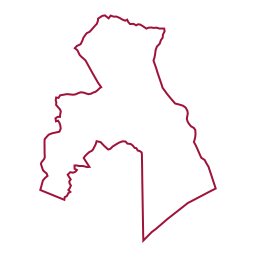 the district of Garanhuns, Pernambuco, Brazil
{"feature_id": "56859067B42903822347578", "entity_name": "Garanhuns", "entity_type": "district", "adm_level": 2, "iso_a3": "BRA", "parent_name": "Brazil", "parent_adm1": "Pernambuco", "projection": "robinson", "projection_center": [-36.525, -8.937], "detail": "fine", "context": "isolated", "style": "outline", "palette": "rose", "viewbox_px": 256, "rotation_deg": 0, "n_neighbors": 0, "source": "geoboundaries", "source_scale": "gbopen_adm2", "svg_char_len": 2446}
<svg xmlns="http://www.w3.org/2000/svg" viewBox="0 0 256 256"><path d="M143.3,237.9L143.3,240.6L151.8,232.0L155.7,229.1L167.7,218.8L182.4,207.3L187.8,203.0L189.6,202.1L204.5,194.3L207.5,192.7L215.7,188.5L208.5,166.7L206.4,163.3L204.6,159.9L201.3,157.8L200.0,155.0L197.2,148.5L195.8,145.5L193.9,142.0L194.7,139.4L195.3,136.7L195.5,134.2L195.3,130.0L193.8,127.9L191.0,126.3L188.8,123.6L187.6,121.5L186.8,118.8L187.8,113.4L187.3,110.6L185.7,107.7L183.0,105.7L178.7,104.4L175.1,103.5L170.3,97.9L166.9,93.7L162.6,87.8L161.6,84.6L158.8,76.4L157.8,73.5L157.1,71.3L156.2,68.3L155.2,65.4L154.5,63.5L153.5,60.4L154.3,58.2L155.0,55.0L155.6,50.1L156.9,46.6L159.7,43.7L160.9,40.1L162.7,37.7L162.9,34.7L164.6,31.3L164.2,28.6L161.7,28.5L159.6,28.6L156.6,27.7L153.3,27.9L151.3,27.5L148.4,27.7L146.4,28.6L143.5,26.6L140.3,24.6L138.1,24.3L136.1,25.3L133.6,23.9L130.0,24.0L128.1,21.8L127.2,19.7L125.3,20.7L122.6,19.7L119.6,17.9L116.5,16.6L113.5,16.6L110.7,15.6L108.6,18.3L106.8,16.9L104.9,15.4L102.2,15.9L98.1,18.6L97.9,20.9L96.8,23.9L94.5,26.3L91.4,29.9L89.5,31.9L86.8,33.1L85.3,35.0L83.4,37.7L82.3,40.8L80.6,44.2L78.5,45.2L76.8,46.0L74.8,48.2L77.3,50.1L79.7,55.0L81.5,56.9L83.3,58.4L85.5,60.4L92.1,72.4L96.7,80.4L97.9,82.5L101.2,87.2L99.4,88.4L97.7,90.1L95.5,91.8L93.1,92.6L91.3,93.6L88.7,94.2L86.5,93.6L83.7,92.6L80.6,92.3L78.4,93.1L75.1,94.5L72.7,94.7L67.0,94.1L60.2,95.3L58.5,97.9L56.2,97.5L55.7,100.1L56.3,102.4L56.1,104.9L57.6,106.7L60.1,109.5L60.8,111.5L60.2,114.3L60.0,116.9L57.7,116.8L55.5,118.3L56.0,121.3L58.1,120.7L59.5,123.0L60.4,125.9L60.7,128.6L59.4,131.7L52.1,133.3L48.6,134.7L44.7,139.1L44.5,141.9L44.6,153.2L44.8,157.3L44.0,159.2L41.6,162.1L40.9,164.0L43.0,170.3L44.8,172.0L46.6,173.4L47.5,175.9L45.0,178.0L42.9,180.5L41.4,186.0L40.3,190.0L64.3,199.8L64.7,197.2L66.8,196.1L68.3,193.2L70.3,191.9L68.4,190.0L69.8,188.1L70.9,185.5L69.6,183.5L69.3,181.4L70.7,179.4L68.9,176.7L67.7,174.7L70.3,172.2L73.0,172.7L75.4,171.8L76.9,170.0L74.6,168.8L74.5,165.5L76.5,165.4L79.0,166.0L83.0,166.0L85.3,166.6L87.3,167.1L89.4,166.9L83.7,158.0L84.9,156.2L87.3,153.8L89.4,152.0L91.7,150.9L93.1,149.4L95.7,144.2L96.6,141.2L100.6,142.1L102.4,144.0L104.0,145.7L106.3,147.8L108.2,149.5L110.4,148.8L112.7,146.5L116.7,144.0L119.1,142.6L122.6,141.3L125.5,141.5L127.4,143.6L130.7,144.0L132.9,145.6L134.5,147.8L136.4,148.2L137.7,150.5L139.9,151.1L141.7,152.5L141.9,154.9L142.1,166.0L142.3,182.0L143.2,235.7L143.3,237.9Z" fill="none" stroke="#9f1239" stroke-width="2"/></svg>